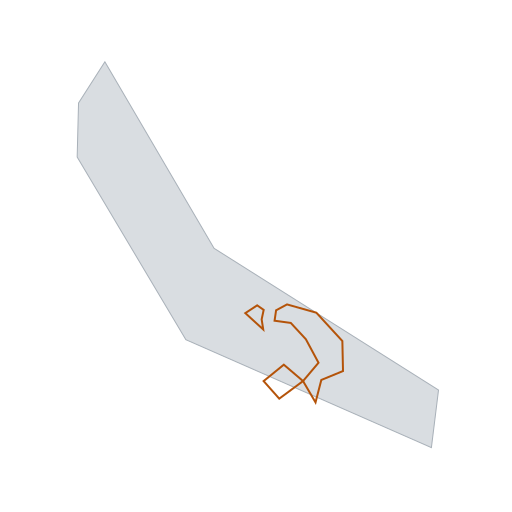 Hamilton on a map of Bermuda (Natural Earth projection), rotated 84°
{"feature_id": "BMU-5137", "entity_name": "Hamilton", "entity_type": "state/province", "adm_level": 1, "iso_a3": "BMU", "parent_name": "Bermuda", "parent_adm1": "", "projection": "natural_earth1", "projection_center": [-64.722, 32.335], "detail": "fine", "context": "in_parent", "style": "outline", "palette": "amber", "viewbox_px": 512, "rotation_deg": 84, "n_neighbors": 0, "source": "natural_earth", "source_scale": "10m", "svg_char_len": 610}
<svg xmlns="http://www.w3.org/2000/svg" viewBox="0 0 512 512"><g transform="rotate(84 256 256)"><path d="M331.9,334.5L138.9,423.5L85.3,416.5L47.1,386.0L244.0,296.9L408.4,88.5L464.9,101.6L331.9,334.5Z" fill="#d9dde1" stroke="#a8b0b8" stroke-width="1"/><path d="M385.3,222.3L368.7,205.0L344.0,215.1L326.2,228.4L322.3,244.3L312.1,241.7L307.4,230.2L318.7,201.9L349.6,179.0L379.5,181.5L386.1,204.0L407.8,212.1L385.3,222.3ZM367.0,239.7L385.3,222.3L400.3,247.8L381.2,261.5L367.0,239.7ZM305.2,260.0L310.4,254.0L319.6,257.0L329.8,256.5L311.7,272.6L305.2,260.0Z" fill="none" stroke="#b45309" stroke-width="2"/></g></svg>